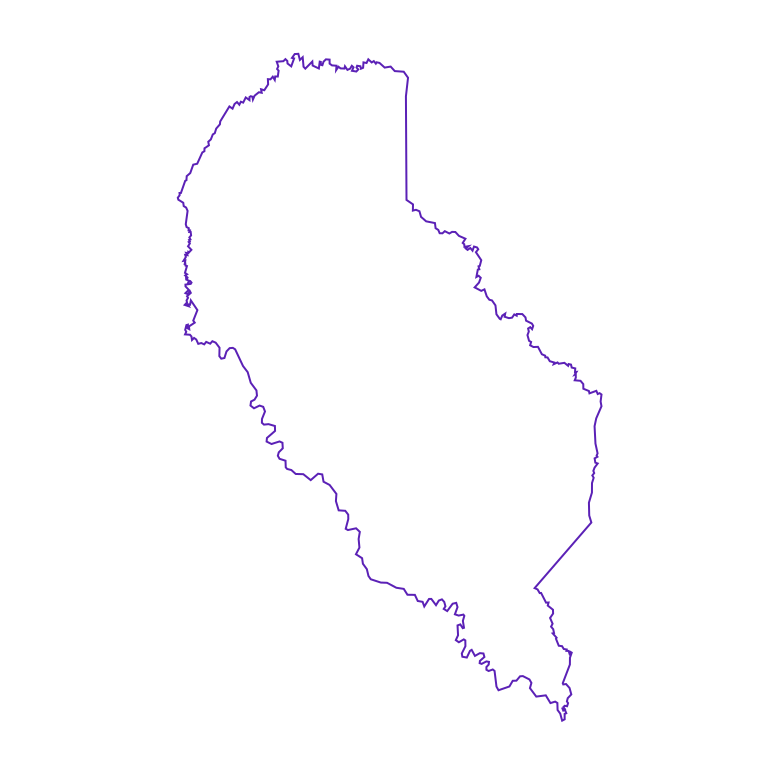 Sabana De Torres, Santander, Colombia, rotated 184°
{"feature_id": "7082276B5396414457031", "entity_name": "Sabana De Torres", "entity_type": "district", "adm_level": 2, "iso_a3": "COL", "parent_name": "Colombia", "parent_adm1": "Santander", "projection": "natural_earth1", "projection_center": [-73.555, 7.427], "detail": "fine", "context": "isolated", "style": "outline", "palette": "violet", "viewbox_px": 768, "rotation_deg": 184, "n_neighbors": 0, "source": "geoboundaries", "source_scale": "gbopen_adm2", "svg_char_len": 6132}
<svg xmlns="http://www.w3.org/2000/svg" viewBox="0 0 768 768"><g transform="rotate(184 384 384)"><path d="M399.5,701.1L405.4,699.7L410.9,704.0L413.8,704.4L414.5,703.0L416.7,705.4L418.7,703.9L422.3,706.8L423.8,703.0L426.9,703.4L426.9,698.0L429.0,696.9L429.7,699.3L433.0,699.6L433.5,697.8L431.6,696.0L433.4,693.8L437.8,694.2L436.5,697.8L438.3,699.2L439.8,696.2L442.4,694.8L445.1,698.2L445.5,695.9L449.3,695.8L451.6,697.3L453.6,693.8L453.6,698.2L458.1,698.2L460.6,699.8L460.9,703.8L464.6,703.8L466.8,701.3L467.7,697.7L469.3,698.0L469.5,700.9L470.6,701.1L471.0,694.2L477.4,696.7L478.0,700.7L484.5,693.1L486.4,694.9L487.9,704.3L490.5,701.4L492.5,707.4L496.1,706.9L498.5,702.9L496.4,702.5L498.7,694.4L502.6,697.0L503.0,699.5L505.0,701.2L506.9,699.0L513.5,698.0L511.6,693.5L512.6,690.8L511.0,689.2L511.4,683.3L514.0,683.2L514.2,679.7L516.4,682.8L518.5,680.0L521.1,680.0L520.5,674.8L523.9,668.7L527.2,669.4L526.3,666.0L529.2,666.3L533.2,662.6L534.6,658.6L535.3,661.4L537.0,661.8L538.2,660.9L538.0,657.8L541.9,660.2L544.1,654.9L546.5,655.6L547.8,652.5L550.3,655.0L552.6,652.9L554.3,648.1L557.6,650.1L565.7,634.5L565.8,631.6L569.2,627.1L570.3,622.4L572.2,621.0L573.8,615.9L576.2,613.4L575.3,609.9L579.5,606.6L579.4,603.7L581.4,602.3L585.7,590.7L589.6,589.5L592.0,580.9L595.3,577.6L595.3,573.5L596.5,572.8L599.9,560.4L601.3,560.3L601.0,558.1L602.7,555.4L602.0,553.5L596.9,550.8L596.2,547.5L593.7,546.2L592.0,543.0L592.9,529.6L591.9,526.8L589.6,525.8L589.7,523.7L588.4,523.7L588.8,522.1L587.5,522.3L586.8,518.8L588.4,516.6L587.2,514.7L588.5,514.1L587.6,512.6L588.7,512.0L587.5,510.6L589.1,507.7L585.5,504.4L587.6,501.8L588.5,502.2L588.5,500.8L590.5,501.0L589.2,498.8L591.3,498.9L590.5,496.9L592.6,492.9L590.8,493.4L591.3,488.7L590.6,490.2L590.2,488.2L588.8,487.9L590.3,481.0L588.1,479.7L589.9,478.4L587.4,476.5L587.7,475.5L588.9,476.6L588.6,474.4L585.7,473.4L586.3,471.7L584.3,473.0L583.1,471.7L583.8,470.4L589.0,469.3L588.8,467.5L585.3,464.3L588.4,460.8L586.0,459.9L584.0,462.9L583.1,461.4L586.6,457.8L585.5,456.3L586.8,453.6L586.2,451.6L588.3,449.0L584.1,447.9L585.4,449.9L583.0,449.6L582.5,453.9L575.3,444.7L578.7,433.9L577.1,432.0L582.6,427.8L582.1,425.1L583.8,425.9L583.8,429.5L585.2,429.0L586.1,424.1L584.9,422.3L585.9,419.6L581.0,419.6L579.4,418.0L578.6,414.5L576.7,416.7L574.4,415.3L572.1,411.1L569.1,412.1L566.1,411.0L564.3,413.6L560.2,412.1L558.2,414.7L554.8,413.5L550.6,408.7L550.2,400.3L548.1,397.9L545.0,398.8L543.4,405.5L540.5,409.0L537.3,409.5L534.9,408.2L525.9,392.1L520.8,386.3L517.0,375.9L510.8,368.7L509.9,363.5L512.1,359.3L515.4,357.3L515.7,353.2L512.0,350.7L506.6,353.8L502.9,352.8L500.8,348.3L503.3,340.6L503.1,336.8L500.9,335.1L496.4,335.9L489.9,334.5L489.4,329.6L497.0,322.0L497.1,318.4L492.1,316.3L484.2,319.4L481.2,318.3L480.5,312.8L484.2,308.5L484.9,305.0L483.0,302.1L476.9,300.6L476.2,294.0L474.7,292.5L470.4,291.7L465.8,288.1L458.2,288.4L450.4,283.0L443.5,289.9L439.3,289.5L437.5,282.3L431.2,279.5L423.8,271.0L423.8,263.8L420.4,254.8L413.8,254.8L410.6,251.2L410.2,246.8L412.1,236.9L409.8,235.8L401.8,238.1L397.8,234.8L398.5,227.6L397.1,219.1L400.1,212.2L393.7,208.7L392.5,203.2L388.2,198.1L386.1,191.4L383.6,188.3L373.3,185.7L367.1,185.9L357.5,181.6L350.0,181.0L345.9,175.4L338.5,175.8L335.2,169.9L330.3,169.4L328.3,164.9L324.1,172.7L321.8,172.9L316.7,167.0L314.2,171.8L311.2,173.2L308.7,170.8L307.2,166.5L308.7,163.8L305.1,161.9L300.2,169.6L296.7,170.7L295.1,166.6L297.2,159.2L293.4,158.2L288.7,159.5L287.7,158.3L288.8,153.2L287.2,146.4L288.4,145.9L291.1,149.5L293.8,148.3L292.6,138.5L294.5,133.5L291.3,131.6L286.6,134.8L285.0,133.9L284.5,128.1L287.6,120.6L286.8,117.4L282.3,116.9L279.6,123.8L278.0,124.9L274.3,119.1L269.6,122.2L266.0,122.1L264.8,118.7L269.0,114.5L269.1,112.2L267.1,111.6L262.5,114.4L259.9,114.1L260.0,111.4L262.1,108.8L261.9,106.1L259.6,105.0L255.6,106.8L253.7,105.5L250.7,90.0L248.4,86.5L237.8,91.0L234.9,96.9L231.2,97.3L227.9,101.9L225.1,102.3L218.3,99.4L216.1,96.1L217.2,90.8L210.3,82.8L200.9,84.7L195.7,77.3L191.1,79.1L188.8,77.9L188.1,70.9L185.2,67.5L182.8,60.6L180.4,62.1L180.8,67.5L179.2,68.3L180.8,71.6L182.4,70.7L183.3,72.6L181.3,72.8L182.5,74.2L181.3,75.6L178.9,75.3L178.1,78.5L179.4,80.1L178.8,83.4L175.5,87.4L177.7,93.7L181.5,97.4L184.2,96.8L184.8,98.0L179.0,117.1L179.4,123.9L178.0,129.1L179.4,129.8L180.2,128.1L181.2,130.6L183.4,130.5L183.2,131.9L186.2,132.2L188.1,134.9L191.4,135.1L194.7,141.9L194.1,142.9L198.3,147.0L197.0,147.4L198.1,151.2L200.4,153.6L199.1,156.6L202.0,162.2L199.3,166.8L199.7,170.6L205.2,174.4L204.6,177.5L207.1,177.2L212.7,186.5L214.1,186.3L216.5,189.8L219.5,190.9L167.5,260.3L170.1,267.1L171.3,279.9L169.0,290.2L169.6,299.7L168.3,305.1L169.8,307.3L168.1,309.8L169.1,311.9L168.1,315.3L165.3,319.6L167.7,320.3L168.7,324.5L166.0,326.3L166.9,327.5L166.1,329.7L168.9,339.3L171.0,356.6L169.9,364.5L165.5,377.0L166.7,381.6L166.3,388.7L168.3,389.9L170.1,388.9L171.7,392.0L178.4,389.0L179.1,391.3L184.8,393.2L185.2,397.8L188.2,400.9L194.0,401.0L193.1,403.7L193.4,407.2L194.3,406.7L192.8,409.5L194.3,409.2L194.3,412.9L197.9,413.5L198.8,416.4L201.2,416.8L201.6,415.0L205.5,417.7L211.1,416.4L212.4,417.6L216.1,415.6L215.6,417.3L220.2,418.3L222.7,421.9L224.9,421.9L225.2,423.5L228.6,424.7L233.0,431.8L237.5,431.3L240.9,432.8L240.2,436.2L242.3,437.2L244.3,442.8L243.2,446.4L244.1,449.4L242.1,450.9L240.1,449.0L239.2,452.4L240.7,454.6L246.7,457.1L247.5,460.3L250.9,463.4L256.4,463.1L256.4,461.4L258.9,462.5L260.9,459.1L264.0,458.4L268.4,459.5L268.0,462.7L270.8,460.5L272.1,456.7L273.1,457.1L276.7,461.4L278.3,470.2L282.1,474.9L284.8,475.4L287.6,478.6L290.4,485.4L293.5,483.7L300.3,486.7L296.3,491.8L294.9,496.7L297.2,498.6L299.3,497.2L298.4,504.7L296.9,505.1L297.9,508.0L296.7,508.5L295.6,514.3L301.5,521.9L299.4,525.0L300.7,526.7L303.8,527.4L305.0,523.2L307.4,525.7L310.0,523.6L311.9,524.9L309.3,527.4L313.3,526.4L313.7,529.0L315.3,530.2L312.9,534.6L319.6,537.0L323.4,540.6L326.7,540.5L329.3,538.7L334.0,540.7L336.2,538.4L339.0,538.3L340.6,541.5L343.4,543.0L344.4,548.1L353.3,549.2L358.7,553.3L360.7,558.8L364.3,560.0L367.3,559.0L367.6,565.2L374.4,569.2L382.2,672.5L381.4,691.2L386.1,696.9L395.1,696.9L399.5,701.1Z" fill="none" stroke="#5b21b6" stroke-width="2"/></g></svg>